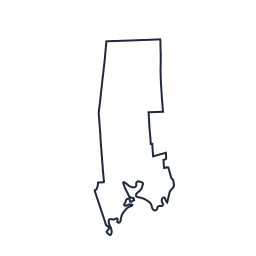 the district of Alexeni, Ialomita, Romania, rotated 325°
{"feature_id": "2599482B94513339956847", "entity_name": "Alexeni", "entity_type": "district", "adm_level": 2, "iso_a3": "ROU", "parent_name": "Romania", "parent_adm1": "Ialomita", "projection": "equal_earth", "projection_center": [26.708, 44.701], "detail": "fine", "context": "isolated", "style": "outline", "palette": "slate", "viewbox_px": 256, "rotation_deg": 325, "n_neighbors": 0, "source": "geoboundaries", "source_scale": "gbopen_adm2", "svg_char_len": 5485}
<svg xmlns="http://www.w3.org/2000/svg" viewBox="0 0 256 256"><g transform="rotate(325 128 128)"><path d="M117.4,211.4L118.4,210.6L125.8,204.0L126.2,203.9L128.6,203.2L131.4,202.5L131.7,202.3L131.9,202.1L132.2,201.8L132.8,201.3L133.1,201.0L133.1,200.9L133.1,200.7L134.5,198.0L134.8,197.4L135.1,196.8L135.1,196.6L135.1,196.3L134.9,195.3L134.9,195.0L134.8,194.3L134.8,194.1L134.8,193.8L135.5,191.8L136.1,190.0L137.6,185.7L137.8,185.0L138.0,184.7L138.1,184.3L138.3,183.9L138.4,183.4L138.3,183.2L137.8,182.8L137.6,182.7L137.0,182.3L136.8,182.5L134.6,181.4L138.4,175.1L138.7,174.5L141.2,175.2L141.7,175.0L141.8,174.8L142.5,173.7L143.4,172.4L144.8,170.0L141.9,169.0L139.1,168.0L138.2,167.6L137.1,167.3L132.3,165.6L138.8,154.8L137.5,154.1L139.7,150.5L141.8,146.9L145.5,140.5L153.9,126.9L166.0,134.8L166.4,134.1L168.6,130.3L171.3,125.8L172.8,123.1L174.8,119.9L180.6,110.3L182.2,107.9L183.4,106.0L184.0,105.0L185.6,102.7L187.9,99.2L188.8,98.0L189.8,96.6L191.0,95.0L192.2,93.3L193.9,91.0L195.5,88.6L195.9,88.0L196.1,87.9L200.4,81.3L204.8,74.8L204.9,74.4L205.2,73.9L204.2,73.2L196.0,68.0L195.8,67.8L191.6,65.1L187.5,62.4L180.1,57.7L179.9,57.5L175.2,54.5L170.5,51.4L170.4,51.4L165.2,47.9L160.0,44.6L158.3,46.6L147.7,59.2L145.4,61.8L142.1,65.5L139.3,68.7L137.1,71.2L134.7,73.8L131.4,77.7L128.7,80.7L126.8,82.8L121.8,88.6L118.6,92.2L115.4,95.7L113.7,97.7L112.9,98.6L112.4,99.3L111.9,100.1L110.8,101.9L110.5,102.4L109.6,104.1L108.8,105.3L107.5,107.4L105.6,110.7L104.7,112.3L103.4,114.3L102.7,115.6L102.3,116.2L101.9,116.9L101.8,117.2L101.3,117.9L100.7,118.8L98.6,122.3L97.8,123.6L97.2,124.6L96.8,125.2L96.5,125.7L95.4,127.6L95.2,127.8L95.1,128.1L95.0,128.3L94.9,128.4L93.6,130.7L92.8,132.1L92.5,132.5L90.8,135.4L90.7,135.5L90.6,135.8L89.8,137.1L88.9,138.6L88.1,140.0L87.5,140.9L86.9,141.9L86.4,142.9L86.1,143.3L85.6,144.2L85.2,144.9L84.8,145.5L84.5,146.0L83.7,147.3L82.9,148.7L82.2,150.0L81.0,152.1L79.5,154.7L77.7,157.9L77.5,158.3L77.3,158.4L77.0,158.5L76.8,158.4L72.2,155.5L69.8,158.3L66.6,160.3L66.1,160.2L65.6,160.1L65.2,159.9L64.7,160.5L64.2,161.9L63.6,164.2L62.8,166.6L61.9,169.8L60.5,174.6L60.2,175.2L59.9,176.4L58.6,180.6L58.6,180.8L58.6,181.0L58.1,182.4L57.7,184.0L57.3,185.1L56.5,187.9L55.5,191.2L54.8,193.5L54.3,195.2L54.5,195.6L54.7,196.0L55.0,196.4L55.1,196.8L55.2,197.3L55.1,198.2L55.0,198.7L54.8,199.1L54.6,199.4L54.3,199.6L53.7,199.9L53.1,200.1L52.0,200.4L51.3,200.6L50.9,200.8L50.8,201.4L50.8,202.1L51.0,202.7L51.2,203.4L51.2,204.0L51.3,204.5L51.5,204.9L51.8,205.2L52.1,205.4L52.5,205.5L53.0,205.4L53.3,205.2L53.8,204.9L54.2,204.6L54.7,204.0L55.1,203.6L55.4,203.1L55.6,202.8L55.7,202.7L55.9,202.1L56.2,201.5L56.2,201.3L56.3,200.9L56.5,200.7L56.6,200.3L56.7,199.9L56.8,199.4L56.9,199.0L56.9,198.6L56.9,198.1L57.1,197.4L57.4,196.0L57.6,195.3L57.9,194.7L58.4,193.8L58.6,193.5L58.9,193.0L59.4,192.5L59.8,192.3L60.1,192.2L60.5,192.2L61.2,192.5L61.4,192.6L62.0,193.1L62.5,193.6L62.8,193.9L63.0,194.1L63.5,194.6L64.1,194.8L65.0,195.1L65.9,195.2L66.6,195.4L67.0,195.6L67.2,195.8L67.3,196.3L67.3,196.7L67.0,197.1L66.6,197.5L66.1,197.9L65.6,198.4L65.4,198.8L65.4,199.1L65.4,199.4L65.6,199.8L65.9,200.1L66.4,200.4L66.8,200.5L67.3,200.5L68.0,200.2L68.5,199.8L69.0,199.4L69.5,198.9L70.0,198.4L70.7,197.7L71.4,197.1L72.0,196.6L72.5,196.1L73.4,195.6L74.1,195.3L74.4,195.0L74.9,194.8L77.3,194.1L78.8,193.6L80.2,193.3L81.0,193.1L81.8,193.1L82.6,193.1L83.3,193.2L84.0,193.3L84.8,193.5L86.4,193.9L86.8,193.9L87.3,193.7L87.5,193.4L87.4,193.2L87.1,192.8L86.6,192.3L86.0,191.8L85.5,191.5L85.1,191.3L84.9,191.2L84.2,191.0L82.8,190.7L82.4,190.6L81.5,190.4L81.2,190.2L80.8,189.9L80.7,189.7L80.7,189.4L80.7,189.2L80.8,188.9L80.9,188.7L81.1,188.4L81.4,188.2L81.7,188.0L81.9,187.9L82.2,187.9L82.5,187.8L82.8,187.7L83.0,187.5L83.3,187.3L84.0,186.7L84.7,186.2L85.1,186.0L85.6,185.8L86.2,185.7L86.7,185.7L87.2,185.8L87.8,186.1L88.1,186.3L88.4,187.0L88.4,187.5L88.2,187.9L87.9,188.4L87.5,189.0L87.5,189.7L88.1,190.2L88.7,190.3L89.9,190.4L91.2,190.4L91.6,190.6L92.4,188.6L92.1,188.5L91.6,187.9L90.7,187.0L90.5,186.5L90.2,186.1L89.9,185.4L89.7,184.5L89.9,183.5L90.1,182.4L90.6,178.7L91.0,177.1L90.8,176.7L91.7,173.3L92.6,170.2L92.9,170.2L93.4,169.9L94.3,171.3L94.6,172.3L95.1,174.1L95.6,175.7L96.0,176.6L96.6,177.8L97.6,179.2L98.7,179.9L99.4,180.3L100.2,180.5L100.8,180.4L101.6,180.0L102.2,179.3L102.5,178.7L103.1,177.9L103.6,177.5L104.0,177.4L104.8,177.3L105.4,177.3L105.8,177.6L106.3,178.1L106.6,178.4L106.9,178.7L107.3,179.3L107.7,179.8L108.0,180.2L108.4,180.8L108.5,181.3L108.5,181.7L108.4,182.2L108.3,182.6L107.8,182.9L106.9,183.3L106.0,184.0L105.5,184.7L104.8,185.1L104.2,185.4L103.3,185.7L102.8,185.9L102.2,186.1L101.6,186.2L100.9,186.2L100.1,186.3L99.1,186.3L98.1,186.4L97.2,186.7L96.7,187.0L95.9,187.7L95.6,188.3L95.6,188.7L95.8,189.4L96.4,190.2L96.9,190.8L97.6,191.5L98.4,192.4L99.3,193.5L100.2,194.8L100.7,195.6L101.1,196.2L101.4,196.9L101.7,197.7L102.1,198.6L102.3,199.2L102.8,200.3L103.1,201.7L103.2,202.5L103.2,203.3L103.0,204.3L102.8,205.0L102.3,206.3L101.9,207.4L101.8,208.2L101.8,208.6L101.8,209.2L102.1,210.1L102.4,210.6L102.7,210.9L103.1,211.2L104.1,211.3L104.7,211.3L105.2,211.1L105.9,210.5L106.4,210.1L107.1,209.7L108.0,209.6L108.9,209.8L109.4,210.1L110.0,210.5L110.7,211.1L111.3,211.4L111.9,211.4L112.7,210.8L113.1,210.2L113.2,209.5L113.3,208.8L113.5,207.8L113.9,206.9L114.4,206.4L114.8,205.9L115.2,205.6L115.6,205.4L116.2,205.2L116.8,205.2L117.4,205.5L117.9,205.9L118.1,206.6L117.7,207.6L117.5,208.6L117.3,209.9L117.3,210.9L117.4,211.4Z" fill="none" stroke="#1e293b" stroke-width="2"/></g></svg>